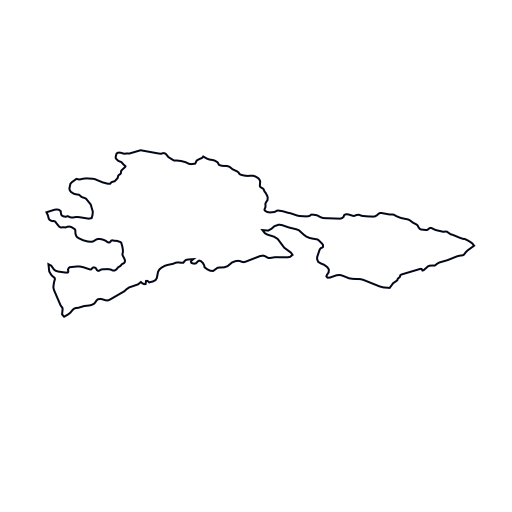 map outline of Tak (Equal Earth projection), rotated 279°
{"feature_id": "THA-404", "entity_name": "Tak", "entity_type": "Province", "adm_level": 1, "iso_a3": "THA", "parent_name": "Thailand", "parent_adm1": "", "projection": "equal_earth", "projection_center": [98.786, 16.488], "detail": "fine", "context": "isolated", "style": "outline", "palette": "ink", "viewbox_px": 512, "rotation_deg": 279, "n_neighbors": 0, "source": "natural_earth", "source_scale": "10m", "svg_char_len": 6035}
<svg xmlns="http://www.w3.org/2000/svg" viewBox="0 0 512 512"><g transform="rotate(279 256 256)"><path d="M243.1,194.6L242.0,189.8L241.2,187.5L240.0,186.4L238.0,185.3L237.6,182.8L237.5,180.0L236.8,177.7L235.4,175.5L233.3,170.0L232.0,167.4L229.7,164.5L227.5,162.6L224.9,161.7L218.8,161.5L216.6,160.6L214.9,158.5L213.2,154.7L213.7,154.1L214.4,152.6L214.2,151.3L211.0,151.3L210.7,149.8L211.3,147.9L212.3,146.4L209.5,143.9L205.1,135.6L202.7,133.1L200.7,131.6L190.0,118.4L189.0,116.8L188.7,114.6L189.2,111.1L189.3,109.0L188.5,106.6L187.1,105.4L185.2,104.6L183.5,103.5L181.9,101.2L181.0,98.9L179.7,94.1L177.0,88.5L176.4,86.0L175.3,84.3L174.0,83.3L171.0,81.5L169.2,79.9L166.0,76.0L168.0,73.6L173.3,73.3L174.9,72.7L175.1,72.2L177.0,70.5L190.6,61.9L192.4,61.1L193.6,60.7L198.1,60.6L201.7,61.0L202.3,60.8L202.8,60.6L204.7,57.5L205.9,56.2L208.0,54.5L208.7,54.1L215.4,52.3L214.4,55.3L211.1,58.5L210.1,60.3L209.7,62.9L209.8,69.5L210.0,71.7L210.2,72.5L210.5,72.9L211.5,73.0L213.3,72.4L215.1,73.1L215.8,73.8L217.8,81.4L218.1,84.1L217.8,87.9L216.8,93.7L216.8,94.6L217.0,95.3L218.8,96.5L219.3,97.3L219.4,98.0L219.3,98.7L218.9,99.7L217.2,101.1L216.7,102.1L216.7,102.7L216.9,103.3L218.4,105.2L218.8,106.2L219.9,111.9L219.9,114.6L219.3,116.7L219.4,118.2L219.9,119.1L220.9,120.2L223.4,121.7L224.9,123.6L226.9,124.8L228.4,126.8L229.4,127.3L231.0,127.3L232.0,126.9L235.9,124.1L236.8,123.8L239.1,123.9L240.7,123.7L243.9,122.7L247.9,120.9L248.5,120.1L249.2,116.4L248.9,113.9L249.0,111.5L248.5,110.6L247.2,109.9L246.5,109.3L246.3,108.2L246.5,107.1L247.5,105.2L248.1,102.9L248.4,100.3L248.3,98.2L247.8,96.5L247.3,95.7L245.1,93.1L244.4,91.7L244.2,90.4L244.0,87.6L244.5,82.8L245.8,78.3L246.4,76.8L247.0,75.9L247.7,75.3L249.8,74.2L253.1,73.5L253.7,73.2L254.1,72.9L255.6,69.4L255.9,67.5L255.7,66.3L255.4,65.2L254.4,63.4L254.2,60.8L253.7,59.2L253.7,58.6L254.0,57.4L254.6,56.6L256.8,54.1L258.5,52.4L258.7,51.9L258.9,50.8L258.6,49.0L258.7,48.4L259.3,46.8L259.8,46.0L260.6,45.4L263.6,44.1L266.4,42.2L270.2,49.8L270.8,52.0L270.8,54.2L269.7,56.1L267.2,56.8L265.7,57.7L265.0,59.7L265.0,62.0L265.9,63.8L265.1,66.8L265.4,69.4L266.3,71.9L266.7,74.5L266.7,85.0L267.7,87.7L270.8,88.1L274.2,87.9L279.3,85.5L280.2,85.2L281.1,84.6L285.9,79.3L286.3,78.3L287.0,74.5L288.6,72.0L288.8,71.4L288.8,68.0L289.1,66.0L290.4,63.1L291.0,62.5L292.0,61.7L293.6,61.1L298.3,61.4L300.0,62.5L304.1,66.6L303.9,69.2L304.2,70.5L304.9,72.1L305.7,74.5L306.2,76.8L306.8,83.4L306.6,85.3L306.1,87.2L304.7,93.1L304.2,98.3L304.4,99.8L304.6,100.7L305.9,101.4L306.4,101.9L307.8,104.8L311.2,107.1L313.9,107.4L314.9,108.2L315.6,109.1L316.2,109.4L316.8,109.6L318.9,109.5L320.1,110.2L323.5,112.9L324.3,113.0L325.6,110.9L327.7,108.3L328.2,105.9L328.6,104.8L330.0,102.8L330.7,102.2L331.6,101.9L334.5,102.1L335.5,102.4L336.4,103.4L336.8,105.2L336.8,106.6L336.4,109.3L336.6,111.0L337.0,112.0L337.4,114.9L342.4,125.5L342.0,143.8L342.1,146.2L343.1,148.2L343.2,149.0L343.1,149.9L342.6,151.1L340.0,154.0L337.7,159.4L337.5,160.4L337.9,162.6L338.1,167.1L337.7,171.4L336.5,175.7L336.6,177.5L337.6,181.3L338.0,181.6L340.5,182.3L341.3,182.8L342.6,184.5L344.4,187.3L345.1,187.9L346.0,188.3L344.5,192.3L344.0,194.8L344.0,198.8L343.6,200.8L342.5,203.4L342.0,203.9L340.5,204.9L340.1,205.6L339.9,206.8L339.8,209.1L340.3,212.5L340.3,213.9L339.9,216.0L338.0,219.3L336.5,224.4L335.5,226.0L334.7,226.5L334.0,227.8L333.7,230.2L333.6,232.9L333.8,235.4L334.5,238.3L334.8,240.9L334.4,243.1L333.2,246.1L332.7,246.7L331.3,248.0L330.0,248.5L326.1,248.8L325.2,249.1L324.6,249.9L323.8,252.0L323.3,252.9L320.9,254.4L320.0,255.5L317.0,257.8L315.6,258.4L313.0,258.6L310.8,257.6L309.3,257.1L305.9,257.7L303.1,257.1L302.5,257.4L302.0,258.1L301.2,260.3L301.2,263.0L302.3,267.1L302.7,267.9L304.0,269.5L304.4,271.0L304.4,275.5L303.7,280.9L303.6,283.5L302.4,290.4L302.3,292.7L302.9,298.9L303.3,301.0L304.1,302.8L305.5,304.1L305.7,305.0L305.8,309.3L305.3,311.4L304.8,312.5L304.2,314.7L304.0,316.8L306.0,333.0L306.3,334.0L307.2,335.4L308.4,336.4L310.0,336.6L310.9,337.6L311.4,338.6L311.5,340.8L310.8,345.8L310.9,346.6L312.2,348.9L312.7,350.6L312.8,351.4L312.2,354.4L312.6,360.2L313.2,365.4L313.5,366.6L313.8,367.4L315.2,369.1L316.8,370.4L317.8,371.6L318.1,373.1L317.9,381.2L318.4,384.9L318.3,385.7L317.2,388.8L316.5,391.8L316.2,393.7L315.9,400.1L315.7,401.3L314.8,403.4L313.6,405.5L312.3,409.4L311.8,410.3L311.4,410.9L309.8,412.0L308.5,413.4L308.2,414.1L308.0,415.1L308.3,420.4L308.7,421.3L310.5,422.9L311.0,423.8L311.1,424.4L311.0,425.2L310.0,428.3L309.7,430.0L309.2,437.2L309.8,439.3L309.9,440.7L308.2,444.2L307.8,445.3L307.7,446.9L305.8,454.8L305.3,458.0L305.5,459.3L304.7,462.1L303.5,465.2L302.3,467.6L300.3,469.8L294.9,464.4L292.9,462.8L290.1,461.3L289.3,460.6L289.0,459.9L288.1,456.9L287.0,454.4L281.9,445.9L278.2,438.0L276.7,436.1L274.9,434.5L274.5,433.9L273.9,430.2L273.5,428.8L273.1,428.2L272.8,427.6L268.2,423.8L267.7,422.7L269.1,421.6L269.1,421.0L268.8,419.9L260.5,402.6L259.7,401.6L257.7,401.3L256.0,399.8L255.4,399.5L254.3,399.4L253.5,398.8L250.6,395.7L245.4,393.0L244.9,386.7L245.3,382.8L249.2,365.8L249.5,362.7L248.6,355.6L248.5,351.5L250.0,345.0L250.4,342.0L249.6,338.6L246.2,332.3L245.8,330.0L246.9,328.7L248.4,329.0L251.2,330.3L253.9,330.1L254.9,329.4L256.3,327.9L258.0,324.6L258.8,321.2L259.9,318.4L262.5,316.8L264.7,316.6L272.4,317.9L273.9,318.8L274.6,320.0L275.5,320.8L277.4,320.4L278.5,319.4L281.5,315.2L282.0,313.7L282.0,309.7L282.2,306.1L283.0,302.8L284.6,299.7L288.1,294.4L288.7,291.7L289.3,284.1L290.6,276.7L290.5,273.6L288.3,269.5L285.4,267.1L283.0,264.1L282.6,258.3L279.9,261.2L278.9,263.9L277.9,270.8L276.2,274.8L268.6,282.6L264.8,290.0L262.8,291.9L260.4,289.7L259.6,287.1L257.8,275.0L256.2,270.1L256.0,268.3L257.3,264.7L257.5,263.0L256.5,259.9L248.8,246.7L248.0,244.9L248.0,243.1L248.4,241.3L248.5,239.8L248.2,238.2L247.7,236.5L245.9,233.4L241.5,229.5L239.8,226.3L238.9,221.7L238.3,219.8L234.5,216.0L234.3,213.0L235.3,209.8L236.8,207.0L238.6,206.3L240.7,204.7L242.2,202.6L242.6,200.7L241.6,199.4L239.3,197.8L238.7,195.8L239.0,193.4L240.1,192.6L241.5,193.1L243.1,194.6Z" fill="none" stroke="#020617" stroke-width="2"/></g></svg>